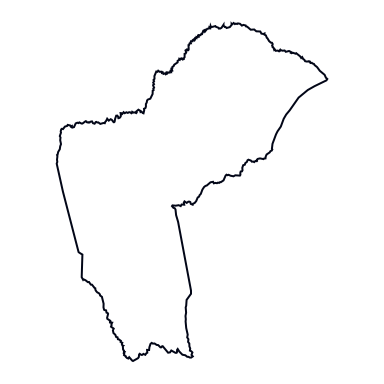 the district of Isiolo South, Eastern, Kenya
{"feature_id": "3690345B50246984625368", "entity_name": "Isiolo South", "entity_type": "district", "adm_level": 2, "iso_a3": "KEN", "parent_name": "Kenya", "parent_adm1": "Eastern", "projection": "equal_earth", "projection_center": [38.678, 0.562], "detail": "fine", "context": "isolated", "style": "outline", "palette": "ink", "viewbox_px": 384, "rotation_deg": 0, "n_neighbors": 0, "source": "geoboundaries", "source_scale": "gbopen_adm2", "svg_char_len": 5865}
<svg xmlns="http://www.w3.org/2000/svg" viewBox="0 0 384 384"><path d="M191.0,290.6L178.1,221.9L176.1,215.1L175.5,209.5L174.7,208.2L173.4,207.8L172.0,206.1L172.5,205.4L175.7,205.7L178.7,205.2L180.7,206.1L181.6,204.5L184.2,204.7L183.8,202.6L184.5,201.4L186.7,202.9L188.3,201.7L189.6,201.7L190.3,202.1L190.8,203.9L192.7,204.7L193.0,203.7L194.6,203.0L196.2,201.1L197.7,197.5L199.1,196.6L199.5,195.3L200.8,193.9L202.4,189.6L204.1,187.0L205.5,185.9L206.8,185.5L210.5,182.3L213.1,181.8L213.8,183.3L215.4,182.9L217.0,183.2L218.0,182.6L219.1,182.9L220.1,182.1L220.8,182.2L223.5,180.4L225.6,175.6L226.5,174.7L227.6,175.2L228.6,174.8L230.5,175.7L233.5,176.3L235.3,175.3L239.9,175.6L240.4,174.8L240.3,172.8L240.7,171.5L242.0,171.3L242.5,170.3L242.3,167.8L243.2,165.2L244.8,164.7L245.3,163.1L246.9,161.9L247.5,160.3L248.4,159.7L250.8,160.5L251.9,161.7L253.1,161.5L254.2,162.1L255.5,160.9L256.8,161.2L257.1,160.9L257.0,159.6L257.8,158.9L260.0,158.4L263.5,159.1L264.1,158.5L265.5,158.4L265.7,156.6L266.6,154.5L269.7,152.4L270.4,151.2L271.8,150.5L272.3,149.4L271.9,148.9L272.5,143.8L276.0,134.4L277.5,131.4L280.8,126.6L283.7,118.8L286.2,114.5L289.7,110.3L298.6,97.6L307.8,90.0L314.5,86.2L326.4,80.4L327.3,79.0L325.9,77.7L324.6,74.8L319.8,70.8L317.1,67.1L314.6,65.1L313.9,63.9L312.5,63.5L311.8,62.8L310.5,63.0L310.0,61.7L309.3,61.8L308.9,61.2L307.0,61.6L305.1,61.2L304.3,59.7L303.3,59.2L302.2,57.1L301.2,58.0L300.2,56.4L296.2,53.2L295.6,53.7L293.0,52.8L291.8,53.1L291.6,52.5L290.8,52.7L290.8,51.9L289.0,51.0L285.8,51.8L284.6,50.5L282.5,50.7L281.1,50.2L280.4,50.6L280.1,49.9L279.0,51.3L277.8,50.6L275.7,50.8L274.7,49.3L274.2,49.8L273.5,47.7L272.6,47.1L272.7,46.4L272.1,45.7L272.7,44.1L272.0,42.8L270.8,42.6L269.1,41.1L267.4,38.2L266.8,37.8L265.9,35.4L264.5,34.7L264.5,33.5L263.5,34.0L261.4,33.6L260.3,31.5L256.3,31.3L254.2,29.5L250.7,29.7L247.2,26.7L246.0,26.4L245.7,25.5L243.3,24.9L241.9,25.6L240.0,23.8L237.9,23.4L237.1,24.0L235.9,23.6L234.9,24.1L233.6,23.0L232.0,24.5L231.6,24.0L231.6,24.9L229.8,27.1L226.6,28.0L225.5,26.9L224.8,27.0L223.5,25.5L223.5,24.8L221.5,27.8L220.3,28.5L218.8,28.5L218.6,27.8L215.9,26.8L215.4,26.1L211.1,27.2L210.6,26.0L210.3,28.0L209.3,27.2L209.0,28.5L207.2,28.8L205.2,31.3L204.9,29.9L203.5,30.6L203.6,31.6L203.0,31.5L202.1,34.0L201.4,33.8L200.5,35.2L198.9,35.1L198.8,36.4L197.9,35.9L197.7,37.1L196.8,37.0L196.6,37.8L196.2,37.4L196.0,38.1L195.2,38.0L195.0,39.6L194.4,40.6L194.0,40.5L193.7,39.4L192.7,40.1L192.4,41.3L191.0,41.2L190.6,42.2L190.9,43.3L189.6,43.4L189.0,45.1L188.5,45.2L188.7,49.3L188.3,50.2L187.8,50.4L186.9,49.4L185.5,50.4L186.2,52.4L185.6,53.5L184.6,53.8L184.6,57.2L183.8,58.3L183.8,59.1L182.6,59.5L181.8,58.3L181.3,58.4L181.1,58.9L180.4,58.8L179.9,59.7L179.2,59.0L178.9,60.0L177.6,60.9L177.6,62.4L174.2,64.7L173.8,65.9L172.4,66.9L172.4,68.0L171.6,68.4L172.3,70.7L172.0,70.8L171.3,70.0L171.2,71.8L170.3,71.2L169.8,72.6L167.6,72.4L167.5,73.3L166.9,73.8L166.2,72.8L165.5,74.1L164.8,73.4L163.4,73.9L162.7,72.3L161.8,72.8L161.5,71.7L159.6,71.8L158.2,70.7L157.4,71.8L156.3,71.5L154.4,76.1L154.5,78.8L153.5,80.0L154.1,81.2L153.2,82.5L154.0,84.2L153.3,84.7L153.1,85.4L154.1,87.7L153.3,88.6L153.6,90.1L152.7,90.7L152.6,94.0L150.3,98.7L148.0,99.5L147.1,100.4L146.7,102.6L145.9,104.0L145.9,106.7L145.4,108.1L144.0,108.8L144.2,110.3L143.5,113.3L142.7,113.0L141.4,111.5L140.5,112.0L140.1,110.7L138.4,109.7L136.3,111.5L136.7,112.5L136.2,113.1L134.8,112.4L133.6,112.6L132.2,111.8L131.8,113.1L131.4,113.3L130.4,112.4L129.1,112.2L127.8,112.9L126.4,112.3L124.7,113.2L123.6,112.2L122.3,113.9L121.5,113.2L120.6,113.1L120.9,115.0L120.7,116.5L119.8,117.7L118.7,118.2L118.4,118.2L118.1,116.7L117.3,115.6L116.2,115.7L115.1,118.9L114.6,121.7L114.1,122.2L113.6,122.2L111.8,119.8L110.7,119.2L108.8,120.6L107.2,118.7L106.2,120.8L105.1,122.1L104.8,123.2L103.4,123.0L100.3,123.9L98.3,122.4L97.2,122.5L96.3,121.9L95.7,122.1L94.6,123.7L93.0,123.2L92.0,121.4L90.4,121.7L89.6,122.5L88.8,122.2L88.3,122.6L86.8,122.2L86.4,121.4L85.6,121.2L82.5,123.5L81.4,123.5L79.3,122.4L78.5,123.1L77.3,122.7L75.7,123.4L74.0,127.1L72.2,127.6L71.6,127.2L71.8,126.0L70.7,126.4L70.3,125.5L67.7,124.9L67.2,125.9L64.9,126.6L63.0,129.1L61.9,128.8L61.2,129.4L60.7,131.4L61.0,132.6L59.8,136.1L60.5,137.5L60.2,140.2L61.0,144.1L60.2,146.3L59.8,149.2L58.2,151.9L57.5,155.0L57.1,155.1L57.4,156.5L57.0,159.6L57.3,161.9L56.7,163.6L62.9,191.5L78.4,251.4L78.7,252.3L82.4,254.6L81.7,277.2L83.1,279.8L83.5,279.3L85.6,280.3L87.8,282.1L89.0,282.0L90.8,284.6L92.0,284.7L94.5,287.9L95.3,288.3L95.4,289.8L96.2,291.2L97.2,292.3L99.0,293.3L99.9,294.4L100.1,295.5L101.9,296.8L103.6,303.7L103.5,307.4L104.0,309.4L104.3,310.0L106.1,310.4L106.5,312.6L107.8,313.2L108.1,313.9L107.1,317.8L107.3,318.8L110.3,320.8L110.5,321.3L109.9,322.0L110.0,322.5L112.1,322.7L111.4,324.2L111.6,325.1L111.0,326.7L113.7,328.6L112.9,330.4L113.5,333.1L115.3,334.7L116.1,336.9L117.5,337.3L117.9,339.2L118.9,339.4L120.9,340.9L120.6,341.9L122.3,342.8L121.8,343.9L122.3,345.3L123.2,345.7L122.8,346.0L123.1,349.6L124.0,350.7L123.9,351.9L124.6,352.0L123.8,353.4L124.3,353.9L124.0,355.1L125.8,356.3L125.8,356.8L127.0,358.0L128.3,358.5L129.2,357.2L132.2,360.6L133.0,361.0L138.0,358.2L138.8,357.1L139.1,354.5L139.7,353.8L141.3,354.9L142.4,354.8L143.4,353.9L145.3,354.8L146.3,353.3L147.3,352.7L147.1,349.9L149.1,350.0L149.4,347.2L150.5,343.9L151.7,342.9L152.8,343.6L154.6,343.5L156.6,344.9L158.2,345.1L160.4,347.3L161.3,347.3L162.2,346.2L162.7,346.2L168.1,352.7L170.0,352.4L171.3,350.5L175.4,352.8L176.6,352.8L177.0,352.1L177.1,349.8L177.7,349.0L179.2,351.4L182.4,354.7L185.4,355.3L187.2,356.8L188.4,356.8L189.7,357.5L191.1,357.6L192.8,356.4L191.5,354.9L192.4,352.4L191.2,351.2L189.9,350.6L190.2,348.4L189.4,346.4L189.3,343.5L188.1,341.9L188.4,339.2L187.2,337.4L187.7,334.7L186.2,328.0L185.6,321.4L185.8,319.3L185.5,316.0L186.1,312.7L185.7,307.4L186.2,305.7L186.6,299.9L191.0,293.8L191.0,290.6Z" fill="none" stroke="#020617" stroke-width="2"/></svg>